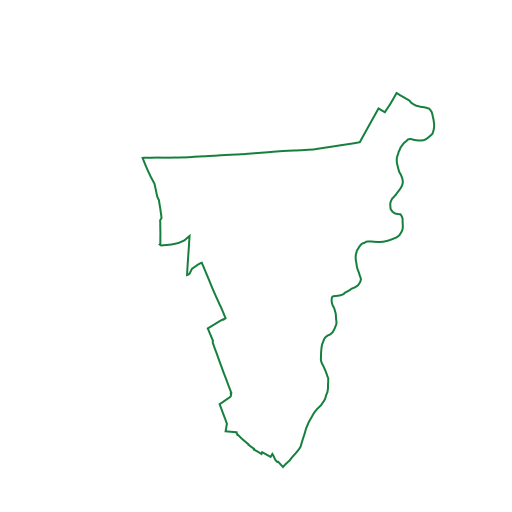 outline of Odoreu, Satu Mare, Romania, rotated 286°
{"feature_id": "2599482B64925111842123", "entity_name": "Odoreu", "entity_type": "district", "adm_level": 2, "iso_a3": "ROU", "parent_name": "Romania", "parent_adm1": "Satu Mare", "projection": "robinson", "projection_center": [22.987, 47.81], "detail": "fine", "context": "isolated", "style": "outline", "palette": "green", "viewbox_px": 512, "rotation_deg": 286, "n_neighbors": 0, "source": "geoboundaries", "source_scale": "gbopen_adm2", "svg_char_len": 5791}
<svg xmlns="http://www.w3.org/2000/svg" viewBox="0 0 512 512"><g transform="rotate(286 256 256)"><path d="M447.7,360.6L448.1,359.0L448.7,356.5L449.4,354.0L450.3,349.9L450.7,348.8L451.4,346.2L443.9,344.4L442.5,344.0L439.5,343.3L434.8,341.8L429.7,340.2L431.6,333.1L429.9,332.7L426.0,331.8L414.5,329.1L403.2,326.5L394.0,324.4L391.4,319.2L388.2,312.2L385.9,307.1L383.5,302.0L381.2,297.0L378.9,291.9L376.6,286.9L374.1,281.6L372.5,276.8L370.6,271.7L368.3,264.9L368.1,264.1L366.3,258.7L364.5,253.4L362.7,248.5L360.9,243.7L359.0,238.8L357.0,233.4L354.9,227.7L354.4,226.3L353.7,224.5L353.1,222.9L352.5,221.3L351.6,218.8L350.7,216.7L350.2,215.2L349.8,213.9L349.3,212.5L348.7,211.0L348.3,209.5L347.7,207.9L346.9,205.3L346.4,203.9L345.9,202.5L345.4,200.9L344.5,198.4L344.0,196.8L343.5,195.5L343.0,194.0L342.7,193.0L342.5,192.8L342.1,191.6L341.9,191.2L341.5,190.1L341.0,188.6L340.5,187.2L340.0,185.7L339.5,184.3L339.1,183.1L338.6,181.6L338.3,180.9L338.1,180.3L337.7,179.3L337.5,178.5L336.9,176.6L335.8,173.5L334.9,170.7L333.8,167.8L333.4,166.9L332.8,165.2L332.4,164.0L331.8,162.4L331.6,161.8L330.7,158.8L329.7,155.7L328.8,152.8L328.1,150.2L327.2,147.5L326.3,144.5L325.4,141.4L324.7,138.8L324.0,136.2L323.2,133.3L322.5,131.1L321.3,127.4L320.4,124.1L320.2,123.4L320.1,123.0L319.8,122.0L319.5,121.1L319.2,120.5L319.0,120.0L317.3,121.3L312.5,125.0L307.7,129.0L305.3,131.1L303.3,132.8L297.5,138.5L285.7,144.8L282.9,147.3L279.8,148.7L274.8,151.1L272.0,152.3L270.5,153.0L268.9,153.7L266.5,154.7L264.2,154.1L263.7,154.1L262.3,154.5L262.0,154.7L259.1,155.5L255.2,156.7L251.3,157.9L248.3,158.7L242.4,160.4L241.0,160.7L240.5,160.3L240.1,161.3L240.0,161.9L242.4,168.2L243.9,171.9L245.7,175.3L247.3,178.1L248.4,179.4L250.3,181.7L251.3,182.9L254.0,184.6L256.9,186.6L246.1,189.0L239.9,190.3L233.8,191.6L224.2,193.7L218.7,195.0L218.9,195.3L219.6,196.1L220.1,196.6L220.7,197.0L221.3,197.1L225.1,197.8L225.9,197.9L226.2,198.1L227.8,199.4L232.0,202.8L233.3,204.2L233.8,204.6L234.6,205.7L231.8,208.0L226.3,212.4L222.8,215.2L219.8,217.6L213.9,222.2L208.8,226.4L205.6,229.1L202.1,232.1L198.5,235.1L198.4,235.4L197.4,236.2L193.6,239.3L187.8,243.9L186.3,242.7L186.5,242.6L186.4,242.3L186.0,241.7L182.8,238.5L180.9,236.8L176.1,232.4L173.1,229.6L172.4,230.2L169.6,232.4L167.5,234.1L163.6,237.2L163.0,237.8L162.2,238.0L161.1,238.2L160.4,238.6L156.4,241.4L154.1,243.1L151.7,244.9L147.1,248.2L142.5,251.5L139.0,254.1L135.5,256.6L130.0,260.8L124.4,264.9L121.0,267.5L117.6,270.0L117.4,269.8L117.4,269.6L117.1,269.5L116.2,270.1L115.7,270.3L115.1,270.4L114.5,270.4L113.9,270.2L113.3,270.0L108.0,265.6L106.0,264.0L103.5,261.9L96.3,267.2L92.7,269.9L91.0,271.2L86.7,274.3L79.1,275.1L81.2,285.9L80.5,286.1L80.3,286.2L80.2,286.4L80.2,286.5L79.9,286.8L79.7,287.0L79.4,287.1L79.1,287.3L78.9,287.4L78.8,287.7L78.9,287.8L79.1,287.9L78.3,289.4L76.6,292.5L75.9,294.0L74.8,296.4L74.3,297.5L73.3,299.8L72.9,300.7L72.5,300.7L72.2,301.5L71.2,304.1L70.1,307.3L69.3,307.3L69.1,308.6L68.4,311.5L67.2,315.8L67.4,315.8L69.1,316.0L68.3,319.5L67.1,324.7L66.9,325.4L70.2,326.3L68.8,327.8L65.8,330.3L65.0,331.3L63.9,333.2L64.3,334.0L62.7,336.7L60.6,340.1L61.4,340.4L62.3,340.9L63.3,341.4L64.6,342.1L68.1,344.3L68.8,344.8L70.0,345.1L71.9,345.9L74.6,347.2L76.8,348.3L80.7,350.0L82.8,350.8L83.6,351.0L84.8,351.4L87.8,351.4L93.9,351.5L98.0,351.7L104.1,351.7L107.6,352.1L110.8,352.5L112.7,352.9L115.2,353.6L120.0,354.7L120.7,354.9L122.0,355.3L123.6,356.0L125.5,356.8L129.0,358.8L130.6,359.7L133.2,360.5L135.1,361.2L137.2,361.7L138.7,361.8L142.0,361.8L144.7,362.2L147.0,361.9L148.5,361.7L149.4,361.5L150.2,361.2L151.0,361.0L152.5,360.6L153.3,360.4L154.5,360.2L157.0,359.5L158.3,359.2L160.3,357.6L161.3,357.0L164.4,354.7L165.3,354.0L169.1,350.8L170.8,349.1L171.8,348.3L173.2,347.4L174.4,346.9L176.2,346.4L177.3,346.2L180.6,345.3L182.6,344.9L184.6,344.5L186.3,344.2L188.0,344.0L189.8,343.9L190.8,344.1L192.0,344.2L193.7,344.3L195.2,344.5L196.7,345.0L198.0,345.8L199.8,347.3L200.4,348.2L201.3,349.1L202.2,349.7L203.7,350.6L206.2,351.3L207.5,351.5L209.0,351.7L210.5,351.8L212.0,352.0L213.4,351.9L215.0,351.4L215.9,351.1L217.4,350.4L219.1,349.8L220.7,349.2L222.2,348.7L223.3,348.1L225.0,347.0L225.9,346.5L226.7,346.0L227.7,345.2L228.5,344.5L229.7,343.3L230.7,342.6L231.9,341.9L232.9,341.4L234.0,341.0L234.9,340.7L235.7,340.6L236.5,340.5L237.3,340.5L238.1,340.8L238.6,341.4L239.1,342.5L239.5,343.7L240.2,345.2L240.9,346.9L242.1,348.9L243.6,350.8L245.0,351.4L246.4,352.8L247.4,353.9L249.1,355.5L250.8,356.8L253.2,359.8L255.7,362.0L258.1,362.9L260.5,363.4L262.9,363.2L264.9,361.8L266.7,360.5L268.4,359.5L270.2,358.1L271.7,357.0L273.2,356.1L277.5,354.1L279.7,353.0L282.6,352.0L285.0,351.6L289.2,351.5L291.3,352.2L293.6,352.8L296.0,353.8L297.4,354.9L298.6,356.7L300.0,357.9L300.6,359.0L301.7,362.6L302.6,367.5L303.6,371.2L304.8,374.4L306.5,377.6L308.1,380.1L309.8,382.4L312.6,386.0L315.4,388.1L319.6,389.3L322.2,389.5L323.9,389.2L325.2,388.9L327.3,388.2L328.6,387.7L332.1,386.7L334.3,385.2L335.9,383.4L335.4,380.9L335.2,377.8L336.1,375.1L338.3,372.4L342.0,371.0L344.1,370.5L345.8,370.6L347.4,370.8L349.0,371.2L350.4,372.1L352.2,372.8L353.3,373.5L355.0,374.0L356.7,374.7L359.2,375.7L361.3,376.4L363.1,376.8L365.5,377.0L367.9,376.7L370.2,375.6L371.8,374.6L374.2,372.7L376.3,370.5L379.2,368.7L381.6,367.3L383.9,366.0L385.8,365.2L388.8,364.4L390.7,364.3L393.7,364.5L395.7,364.4L396.9,364.7L400.2,365.1L402.7,366.0L405.5,367.1L407.5,368.6L410.0,370.0L411.1,372.3L411.2,376.1L411.6,379.3L412.5,382.8L413.6,385.4L414.9,386.9L416.3,388.2L418.4,389.6L421.8,391.8L423.6,392.0L425.9,392.0L427.4,391.9L429.4,391.6L430.5,391.3L432.4,390.7L434.3,389.8L435.7,389.2L437.4,388.3L439.2,387.3L441.5,386.1L443.1,384.9L444.4,383.3L445.4,381.8L445.4,379.7L445.4,377.1L444.7,372.6L444.8,371.5L444.6,368.7L445.2,365.8L446.1,362.9L447.7,360.6Z" fill="none" stroke="#15803d" stroke-width="2"/></g></svg>